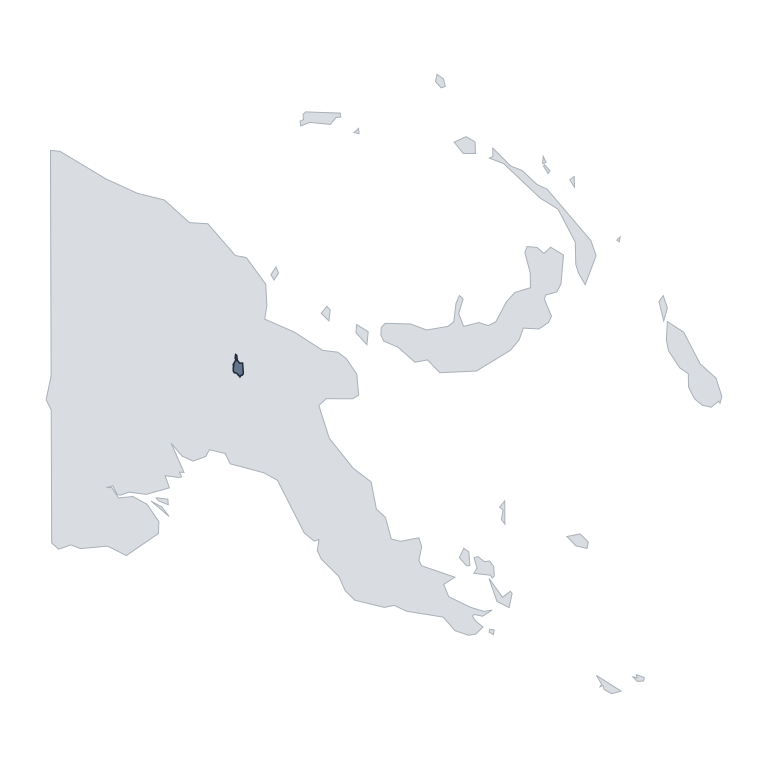 Chuave District, Chimbu, Papua New Guinea shown in context
{"feature_id": "67681753B10783046859630", "entity_name": "Chuave District", "entity_type": "district", "adm_level": 2, "iso_a3": "PNG", "parent_name": "Papua New Guinea", "parent_adm1": "Chimbu", "projection": "equal_earth", "projection_center": [145.121, -6.175], "detail": "fine", "context": "in_parent", "style": "filled", "palette": "slate", "viewbox_px": 768, "rotation_deg": 0, "n_neighbors": 0, "source": "geoboundaries", "source_scale": "gbopen_adm2", "svg_char_len": 5183}
<svg xmlns="http://www.w3.org/2000/svg" viewBox="0 0 768 768"><path d="M51.7,543.0L51.2,409.8L46.1,399.8L51.1,376.0L50.5,150.3L60.1,151.4L106.1,179.0L137.3,193.3L164.4,200.0L189.4,222.6L207.9,223.8L235.3,255.5L246.3,257.6L265.7,284.1L266.9,305.5L264.7,319.1L294.2,332.0L322.5,350.3L337.8,352.2L346.3,358.6L356.8,374.2L358.7,395.1L352.6,398.8L326.2,398.7L318.8,405.5L329.3,438.3L353.2,468.3L371.1,481.9L376.4,509.1L385.5,517.5L391.3,539.0L400.6,541.3L418.8,537.8L421.7,546.7L418.9,560.3L421.6,565.8L454.9,577.2L443.7,584.3L448.7,596.7L470.5,607.3L484.0,611.4L492.1,610.1L482.6,616.2L474.1,614.4L472.5,616.3L476.0,621.5L483.0,627.0L475.6,634.2L468.3,635.2L454.9,630.6L443.2,617.1L406.8,611.3L394.3,605.4L384.3,607.4L354.8,600.2L345.2,590.7L338.8,576.4L321.4,559.2L317.3,550.7L319.0,539.5L314.2,541.1L304.2,532.9L277.5,480.3L263.9,472.8L230.2,463.8L225.3,453.5L209.4,449.7L205.9,456.4L193.0,461.1L182.1,456.1L171.2,443.2L184.0,472.4L179.5,472.2L181.6,476.8L179.2,477.5L165.1,475.7L169.4,487.8L146.2,494.4L128.9,492.1L120.7,495.1L117.3,494.7L112.8,485.8L106.5,487.5L111.8,487.6L118.5,497.9L132.9,496.5L147.0,504.3L158.9,521.6L158.4,533.5L126.3,555.6L107.7,546.1L80.5,548.6L70.9,544.9L58.7,549.2L51.7,543.0ZM537.2,247.5L543.9,253.5L550.6,247.2L563.5,255.0L561.0,284.0L556.7,292.0L545.8,295.0L544.4,299.3L551.5,316.3L548.5,322.5L539.0,328.9L523.3,328.1L519.1,339.9L510.4,350.3L476.5,371.0L439.7,372.7L427.6,359.9L414.9,362.2L398.0,347.2L383.7,341.0L380.9,335.2L381.2,327.7L385.1,323.3L410.6,324.0L426.7,330.0L447.9,326.4L453.8,321.8L456.0,303.2L459.5,295.5L463.1,299.0L458.7,313.5L463.6,326.4L478.7,322.6L488.3,325.6L495.8,321.8L506.5,301.6L515.0,292.4L530.5,287.7L530.2,272.9L524.9,252.5L527.1,246.5L537.2,247.5ZM721.9,396.6L720.0,403.2L718.9,401.1L711.2,407.2L702.3,405.2L694.4,398.7L688.5,386.9L688.3,373.7L679.7,367.8L668.6,351.0L666.4,339.9L667.4,321.6L683.7,332.2L700.2,363.9L716.0,378.1L721.9,396.6ZM596.1,255.7L585.2,284.7L578.4,272.8L575.8,264.5L575.3,242.3L558.0,209.1L540.1,198.1L503.7,163.6L489.3,158.1L492.9,156.5L492.8,148.1L510.8,166.1L522.0,170.4L536.9,184.4L547.0,189.1L591.0,240.8L596.1,255.7ZM305.7,111.9L340.2,113.1L340.8,117.0L336.2,117.4L330.4,124.4L309.8,122.4L300.7,126.0L300.1,121.1L303.5,119.6L303.0,114.4L305.7,111.9ZM478.1,556.7L484.3,561.6L489.7,561.0L493.7,566.7L494.3,576.0L492.1,578.1L490.5,575.2L473.9,573.4L477.1,568.1L474.0,557.5L478.1,556.7ZM475.4,153.5L463.2,153.4L454.1,142.1L466.0,136.7L475.1,141.9L475.4,153.5ZM502.5,597.2L510.3,591.3L512.1,593.4L509.1,607.6L497.0,601.5L489.0,578.5L502.5,597.2ZM566.9,536.5L580.1,533.9L586.4,540.1L588.3,542.4L587.0,548.4L576.0,545.9L566.9,536.5ZM596.4,675.4L621.0,691.1L611.8,693.7L604.1,689.5L603.1,685.6L600.0,686.9L601.6,684.2L596.4,675.4ZM366.9,344.7L356.0,332.7L356.6,324.5L368.2,331.7L366.9,344.7ZM469.9,565.6L466.6,565.9L459.4,557.6L463.8,548.3L468.8,551.8L469.9,565.6ZM663.7,320.9L659.0,301.5L663.2,295.6L667.4,308.0L663.7,320.9ZM328.9,320.9L321.2,313.3L326.9,306.3L330.2,310.0L328.9,320.9ZM445.3,86.4L441.1,87.8L435.5,81.5L437.0,74.3L443.5,79.0L445.3,86.4ZM278.6,273.0L274.0,280.0L270.9,274.7L276.0,267.0L278.6,273.0ZM504.7,500.9L504.9,524.1L501.4,519.5L503.1,509.9L499.6,507.2L504.7,500.9ZM161.8,506.9L169.2,516.5L151.2,501.2L161.8,506.9ZM168.2,504.7L158.4,500.8L156.3,497.8L167.9,499.2L168.2,504.7ZM644.3,677.6L643.6,680.9L637.2,681.4L632.9,676.8L637.1,677.8L636.4,674.6L644.3,677.6ZM574.2,176.5L574.5,187.3L569.9,179.7L574.2,176.5ZM550.0,170.7L548.1,173.6L543.5,166.1L544.4,164.6L550.0,170.7ZM494.2,629.9L493.5,634.6L489.1,632.2L489.7,629.2L494.2,629.9ZM546.1,162.4L542.6,163.7L543.2,156.3L546.1,162.4ZM358.6,128.4L359.0,133.7L354.1,132.5L358.6,128.4ZM620.0,236.9L619.4,241.8L616.8,240.2L620.0,236.9Z" fill="#d9dde1" stroke="#a8b0b8" stroke-width="1"/><path d="M243.3,372.9L243.3,372.3L242.6,363.1L239.6,363.1L237.8,360.8L237.3,360.1L236.7,355.2L235.6,354.5L235.1,358.4L236.2,360.3L234.8,361.4L234.7,361.9L234.2,362.9L234.2,363.2L234.1,363.4L234.0,363.5L233.8,363.6L233.7,363.6L233.6,363.8L233.4,364.0L233.3,364.3L233.2,364.4L233.2,364.5L233.2,364.8L233.2,365.0L233.3,365.0L233.5,365.2L233.6,365.3L233.7,365.5L233.8,365.5L233.7,366.0L233.5,366.3L233.5,366.6L233.4,366.7L233.4,366.8L233.4,367.1L233.4,367.3L233.3,367.5L233.3,367.8L233.3,368.0L233.2,368.4L233.2,368.5L233.3,368.8L233.3,369.1L233.4,369.6L233.3,369.9L233.3,370.0L233.2,370.4L233.2,370.6L233.2,370.8L233.3,371.0L233.5,371.2L233.5,371.3L233.6,371.6L233.8,371.8L233.9,372.1L234.0,372.4L234.1,372.6L234.5,372.7L234.8,372.7L234.9,372.8L235.1,372.7L235.4,372.9L235.5,372.9L235.8,372.9L236.0,372.9L236.1,373.0L236.3,373.2L236.4,373.3L236.5,373.4L236.6,373.5L237.0,373.8L237.3,373.8L237.6,374.1L237.8,374.3L237.9,374.5L238.0,374.7L238.1,374.9L238.3,374.9L238.4,375.1L238.5,375.2L238.5,375.4L238.5,375.5L238.8,375.7L238.9,375.8L239.0,375.8L239.3,375.8L239.6,376.0L239.8,376.4L239.9,376.6L240.0,376.9L240.2,376.7L240.4,376.6L240.5,376.2L240.7,375.8L240.8,375.6L241.0,375.5L241.1,375.4L241.2,375.2L241.3,375.1L241.5,375.1L241.8,374.9L242.0,375.0L242.3,375.1L242.4,374.9L242.5,374.8L242.6,374.6L242.8,374.5L242.9,374.4L243.0,374.2L243.1,373.7L243.2,373.3L243.2,373.1L243.3,373.0L243.3,372.9Z" fill="#64748b" stroke="#1e293b" stroke-width="1.5"/></svg>